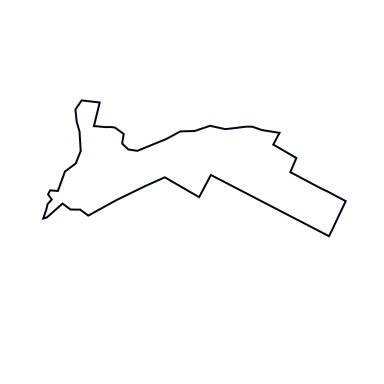 the district of Sakarcage, Mary, Turkmenistan, rotated 118°
{"feature_id": "10190150B2260035962137", "entity_name": "Sakarcage", "entity_type": "district", "adm_level": 2, "iso_a3": "TKM", "parent_name": "Turkmenistan", "parent_adm1": "Mary", "projection": "robinson", "projection_center": [61.097, 38.361], "detail": "fine", "context": "isolated", "style": "outline", "palette": "ink", "viewbox_px": 384, "rotation_deg": 118, "n_neighbors": 0, "source": "geoboundaries", "source_scale": "gbopen_adm2", "svg_char_len": 1331}
<svg xmlns="http://www.w3.org/2000/svg" viewBox="0 0 384 384"><g transform="rotate(118 192 192)"><path d="M166.7,50.3L166.3,50.3L156.1,50.6L155.8,50.7L127.9,52.0L127.9,67.2L127.9,72.4L128.3,80.9L128.3,114.5L113.0,115.8L112.0,141.2L112.0,142.5L99.1,142.5L98.7,142.5L104.5,159.4L105.8,167.9L106.0,169.3L108.9,174.9L116.7,186.0L117.4,187.1L120.7,191.8L121.5,194.4L125.1,207.2L125.5,207.5L136.9,218.3L144.0,230.8L156.1,238.8L156.4,239.1L157.7,239.9L181.4,259.7L181.6,260.3L184.3,268.1L184.0,269.3L182.2,276.0L181.6,276.2L181.4,276.7L172.8,279.5L171.3,290.4L172.4,293.5L175.3,298.8L179.2,308.1L179.9,309.5L156.3,315.5L162.8,332.1L162.9,332.4L173.9,333.7L184.3,326.6L191.7,319.5L191.8,319.4L193.7,318.3L199.4,314.8L208.1,309.5L220.2,308.2L221.5,308.1L227.7,311.0L232.9,313.5L233.4,313.8L246.9,311.9L254.1,310.9L257.1,318.0L261.6,318.0L262.9,315.5L264.5,312.3L270.5,313.8L273.5,313.0L276.4,312.3L284.7,311.0L285.3,310.9L284.4,310.0L283.7,309.3L282.4,308.1L278.1,306.5L270.3,303.6L263.0,300.9L263.9,295.1L264.3,292.3L264.5,291.0L260.2,282.7L260.0,282.4L260.3,280.9L261.5,272.5L260.8,272.0L249.6,264.7L249.2,264.4L243.3,260.6L234.6,254.9L233.3,254.0L232.1,253.1L208.1,235.6L194.0,224.6L191.8,222.9L191.8,222.2L192.2,212.2L193.2,183.3L190.5,183.3L168.1,183.3L168.1,182.9L166.7,50.3Z" fill="none" stroke="#020617" stroke-width="2"/></g></svg>